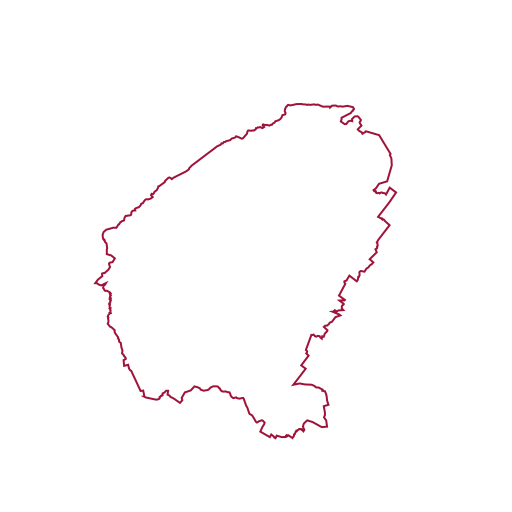 Calvillo, Aguascalientes, Mexico, rotated 29°
{"feature_id": "50627088B90552262632794", "entity_name": "Calvillo", "entity_type": "district", "adm_level": 2, "iso_a3": "MEX", "parent_name": "Mexico", "parent_adm1": "Aguascalientes", "projection": "mercator", "projection_center": [-102.712, 21.911], "detail": "fine", "context": "isolated", "style": "outline", "palette": "rose", "viewbox_px": 512, "rotation_deg": 29, "n_neighbors": 0, "source": "geoboundaries", "source_scale": "gbopen_adm2", "svg_char_len": 6117}
<svg xmlns="http://www.w3.org/2000/svg" viewBox="0 0 512 512"><g transform="rotate(29 256 256)"><path d="M361.7,204.7L357.0,203.7L359.8,194.2L357.2,192.2L358.1,190.7L358.0,190.0L357.2,189.1L357.5,188.5L357.1,187.3L355.9,186.2L355.7,185.5L355.1,185.5L355.1,182.6L357.9,164.3L351.9,162.9L350.5,162.2L349.6,162.3L349.2,162.9L348.5,162.8L348.3,162.1L347.8,162.0L347.1,162.5L343.8,162.6L346.6,144.5L347.7,132.5L339.8,131.4L339.9,139.1L338.9,138.7L337.7,138.8L336.6,139.4L335.3,139.4L334.6,139.8L333.8,141.3L333.4,141.1L332.7,141.3L331.4,142.4L329.9,142.4L329.5,141.3L328.3,141.3L327.8,141.9L326.9,141.4L328.1,138.4L328.6,133.2L334.5,127.1L330.8,110.9L327.1,105.0L324.1,102.8L324.2,101.5L305.1,90.6L291.8,93.6L291.4,93.9L291.5,94.6L289.8,97.5L288.3,96.5L285.6,96.6L283.6,95.9L285.0,90.8L282.4,89.5L281.7,88.4L282.0,87.3L281.9,86.2L278.3,84.7L277.1,84.5L274.6,86.2L273.6,89.6L274.8,91.4L272.9,92.0L272.1,92.7L271.4,93.8L271.0,96.8L269.5,97.7L265.0,97.2L264.6,95.1L263.8,93.6L269.6,85.0L269.8,82.9L270.4,81.8L270.1,81.4L270.5,79.9L268.6,78.8L263.1,80.4L259.5,83.3L257.3,84.1L255.1,85.6L252.9,85.7L249.7,87.6L248.8,90.2L248.2,89.5L242.0,93.0L236.6,93.6L234.9,94.9L233.5,95.1L229.9,97.7L228.4,98.1L227.4,99.1L225.6,99.5L223.7,100.6L222.3,100.9L217.9,103.4L213.6,107.2L212.6,107.8L211.3,108.0L210.6,108.6L210.5,110.0L210.0,110.7L210.2,113.5L211.0,115.5L212.5,116.6L212.9,118.0L210.8,120.0L211.2,122.4L210.9,124.4L209.9,126.4L207.6,128.8L207.6,130.2L206.4,132.2L206.3,133.5L205.3,134.2L204.6,135.4L201.9,136.1L199.5,137.5L198.8,137.3L198.3,137.7L198.4,138.4L198.9,138.7L200.6,139.2L199.6,141.1L197.1,141.2L196.3,142.2L195.1,142.7L194.6,144.1L194.0,144.3L194.3,145.3L193.4,147.3L192.4,147.6L191.3,148.7L188.4,149.9L188.1,150.8L188.8,153.5L187.5,159.4L186.9,160.2L185.8,160.4L184.0,160.4L180.6,160.9L180.6,161.7L180.2,162.6L177.8,165.1L177.2,167.3L174.4,169.8L173.8,171.1L172.6,171.9L172.4,173.7L171.2,174.2L171.2,175.7L168.9,178.8L156.0,207.9L155.0,211.7L155.3,212.8L153.9,215.8L145.9,227.5L145.1,229.6L143.6,229.2L142.1,229.3L141.3,230.5L140.0,234.6L140.4,235.6L137.6,241.6L136.8,242.6L137.2,243.4L137.3,246.3L136.1,249.2L136.2,251.2L135.8,251.8L134.6,252.2L134.7,253.7L137.1,254.5L137.0,254.9L136.1,256.8L134.0,259.0L133.0,259.2L132.1,260.1L131.7,261.1L131.4,264.7L130.3,266.0L130.5,267.6L129.8,270.2L127.9,272.2L127.3,273.7L128.3,274.7L126.3,276.1L125.8,277.2L126.0,278.7L126.7,280.2L126.6,280.9L125.7,282.0L124.4,282.6L123.8,283.4L122.5,284.1L122.5,286.4L123.3,288.9L121.6,290.9L121.5,291.6L121.0,292.1L120.9,294.7L120.4,295.1L120.2,299.0L117.5,300.4L112.2,305.7L111.1,309.0L111.6,311.9L113.8,315.0L116.1,316.1L116.1,315.8L117.3,317.0L119.1,317.4L122.1,321.4L122.3,322.5L124.6,326.7L129.1,325.7L133.7,326.5L133.5,330.9L131.2,332.9L131.2,334.1L133.7,336.5L133.5,339.6L131.8,344.4L131.2,344.6L129.9,346.0L131.3,348.2L129.2,353.2L128.6,357.7L130.2,356.9L132.2,357.2L134.8,356.8L137.9,352.5L137.8,354.5L137.1,355.9L137.8,358.1L138.7,358.4L140.4,359.6L141.3,359.5L142.3,358.7L146.2,358.7L147.2,359.3L146.6,360.1L148.1,361.0L147.7,361.4L148.2,363.0L149.1,363.2L148.9,364.0L149.8,363.9L150.0,364.7L149.6,365.0L150.7,365.5L150.4,366.2L151.1,367.5L150.6,368.5L151.5,368.9L151.3,369.6L152.0,369.8L151.9,370.3L153.2,372.1L153.2,372.9L154.1,373.3L154.3,372.8L154.9,374.1L155.4,374.4L155.6,375.3L156.6,376.3L155.5,376.9L155.9,377.5L155.5,379.2L155.7,380.9L156.8,381.5L156.7,382.2L158.1,383.7L158.9,385.3L159.2,387.2L162.8,388.6L164.1,388.4L168.4,389.4L168.9,390.7L170.4,391.9L174.9,394.0L175.2,395.0L176.8,395.5L177.3,396.7L178.0,397.3L179.9,397.6L182.7,401.3L185.2,403.6L185.9,406.0L188.5,406.9L189.5,407.7L190.2,407.7L191.8,408.7L192.0,409.2L190.7,411.3L193.9,416.0L196.9,413.1L199.4,415.9L201.2,416.9L202.5,416.9L220.5,430.0L222.6,428.4L226.5,433.0L226.2,433.2L228.0,433.2L236.0,430.8L239.0,429.7L240.6,427.8L240.6,426.6L240.1,426.2L240.9,423.9L241.4,423.9L241.8,422.9L241.0,421.8L241.0,421.3L242.2,419.7L242.7,417.4L244.5,416.5L245.8,420.1L248.0,420.0L249.3,420.7L252.8,420.5L260.7,421.3L261.5,417.9L259.8,416.1L259.9,409.8L264.1,405.2L265.4,399.9L268.0,399.2L270.7,398.9L272.5,399.7L275.5,399.2L278.8,396.6L279.6,395.0L279.9,393.3L281.8,390.7L284.9,389.0L286.3,388.7L288.0,389.5L288.5,389.3L290.2,390.6L290.8,390.5L291.6,390.9L293.5,390.3L295.0,389.2L297.2,388.8L298.9,388.1L300.7,389.4L301.5,390.4L303.1,391.1L305.1,391.3L307.2,389.3L308.2,389.5L310.5,388.9L313.5,386.4L314.5,386.8L320.0,391.7L321.7,392.6L326.5,397.0L327.2,397.3L329.2,397.2L330.4,397.5L336.4,401.1L337.6,401.2L338.6,399.3L340.7,396.9L341.7,396.7L344.4,397.6L344.7,399.1L344.5,402.4L344.9,407.5L355.9,407.7L355.9,404.7L360.2,405.5L360.2,405.9L361.4,405.9L361.2,403.1L366.4,401.9L369.8,399.8L369.3,398.8L369.8,397.7L370.9,398.2L371.3,397.1L375.9,397.5L375.7,397.1L376.4,396.2L376.4,395.0L375.7,393.7L376.3,393.0L375.9,390.7L376.4,390.0L376.0,389.3L376.7,389.0L376.6,388.3L377.5,387.3L377.6,386.4L379.6,385.4L379.9,385.9L380.4,385.9L380.6,385.6L382.4,386.4L382.6,384.7L379.7,382.4L379.1,379.3L380.5,374.9L386.0,373.8L396.4,373.8L400.9,370.8L397.1,365.8L393.7,364.1L393.4,361.6L392.1,359.4L388.1,354.5L391.5,351.0L388.4,348.1L385.6,344.2L384.8,343.6L384.7,343.1L381.9,340.9L379.3,341.7L379.1,340.6L374.3,340.7L372.6,341.7L371.7,341.8L370.3,341.3L367.1,341.6L361.1,344.6L356.0,346.3L351.1,350.5L354.1,330.5L348.6,329.7L350.3,317.7L347.2,316.8L347.5,316.2L346.9,314.5L345.2,314.0L342.7,298.1L343.9,297.6L344.5,296.8L346.3,297.5L347.7,297.4L348.6,296.0L350.5,295.3L351.4,295.9L353.6,296.4L352.9,294.1L354.0,294.1L354.4,293.7L353.8,290.5L354.7,287.3L354.5,286.3L349.7,285.1L350.3,283.4L352.0,282.3L352.8,280.0L352.8,278.5L354.3,276.8L355.1,271.0L358.6,267.0L357.2,266.8L349.9,267.6L350.7,267.0L351.2,265.2L353.5,265.4L354.4,263.7L358.6,261.0L356.4,260.2L355.4,258.1L355.4,257.4L356.2,255.9L355.9,255.3L350.6,254.5L353.4,252.7L354.7,252.2L355.0,251.3L347.8,250.4L347.6,237.0L346.1,236.3L345.6,235.2L347.0,233.7L347.2,227.9L356.4,229.3L356.6,227.5L355.9,225.8L356.1,224.7L355.6,224.4L356.0,223.8L356.0,222.7L354.3,220.1L354.4,219.2L354.9,218.3L358.5,217.1L358.7,213.5L359.8,211.5L360.1,209.1L361.3,206.8L361.7,204.7Z" fill="none" stroke="#9f1239" stroke-width="2"/></g></svg>